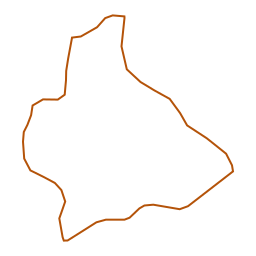 outline of Manufahi
{"feature_id": "TLS-551", "entity_name": "Manufahi", "entity_type": "District", "adm_level": 1, "iso_a3": "TLS", "parent_name": "East Timor", "parent_adm1": "", "projection": "robinson", "projection_center": [125.762, -8.972], "detail": "fine", "context": "isolated", "style": "outline", "palette": "amber", "viewbox_px": 256, "rotation_deg": 0, "n_neighbors": 0, "source": "natural_earth", "source_scale": "10m", "svg_char_len": 693}
<svg xmlns="http://www.w3.org/2000/svg" viewBox="0 0 256 256"><path d="M233.0,171.4L188.0,206.2L179.7,209.2L153.3,204.7L144.4,205.5L139.4,208.4L129.6,217.7L124.4,219.7L105.8,219.7L96.4,222.3L67.6,240.5L63.8,240.6L62.6,237.1L59.3,218.4L62.5,209.3L65.2,201.5L61.4,190.1L54.9,183.0L43.7,177.0L30.4,170.4L24.2,158.6L23.0,141.7L23.8,132.0L27.4,124.9L31.1,115.2L32.6,105.5L43.0,99.4L57.8,99.6L64.7,94.7L66.0,80.2L66.2,70.9L68.2,58.3L71.9,38.4L72.0,37.6L80.8,36.5L97.1,27.2L105.2,18.1L112.7,15.4L124.4,16.4L124.5,17.9L121.5,46.4L126.8,69.3L140.5,82.0L154.2,90.3L169.7,98.9L180.1,113.1L187.1,125.4L206.8,138.3L226.1,153.7L232.0,165.3L233.0,171.4Z" fill="none" stroke="#b45309" stroke-width="2"/></svg>